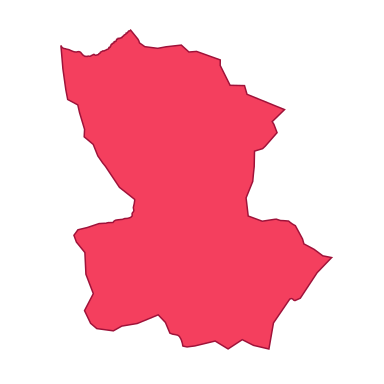 Uyanga, Övörhangay, Mongolia, rotated 276°
{"feature_id": "93677404B10592046266618", "entity_name": "Uyanga", "entity_type": "district", "adm_level": 2, "iso_a3": "MNG", "parent_name": "Mongolia", "parent_adm1": "Övörhangay", "projection": "orthographic", "projection_center": [102.144, 46.409], "detail": "fine", "context": "isolated", "style": "filled", "palette": "rose", "viewbox_px": 384, "rotation_deg": 276, "n_neighbors": 0, "source": "geoboundaries", "source_scale": "gbopen_adm2", "svg_char_len": 3854}
<svg xmlns="http://www.w3.org/2000/svg" viewBox="0 0 384 384"><g transform="rotate(276 192 192)"><path d="M62.8,97.5L50.8,104.9L46.2,111.6L45.7,128.3L51.3,136.2L55.5,151.3L66.3,171.2L59.5,179.2L49.3,184.8L48.6,187.5L48.4,190.4L48.1,192.8L47.1,194.5L45.1,196.0L44.0,196.7L42.7,197.3L40.8,198.1L39.7,198.5L38.7,198.7L37.8,199.1L37.4,203.3L39.2,210.9L46.2,230.6L39.7,244.3L50.4,257.4L45.9,269.2L43.9,284.9L70.3,286.7L95.7,300.4L96.0,301.1L96.3,301.5L96.4,302.2L96.2,302.9L96.1,303.3L95.8,303.7L95.2,304.3L94.9,305.0L94.8,305.8L97.7,310.8L124.9,324.9L141.4,337.7L142.2,328.7L147.7,319.5L152.1,308.7L156.9,306.8L169.3,298.3L170.6,295.3L172.1,292.7L173.2,291.1L173.1,286.2L172.9,282.9L173.8,278.7L173.4,276.7L170.3,264.9L174.0,250.4L191.8,246.4L208.9,251.3L216.3,251.2L223.8,251.2L239.2,249.9L242.5,257.7L245.3,260.1L259.9,270.4L267.8,266.4L270.4,264.4L283.6,275.4L294.9,236.5L303.3,233.1L302.1,218.7L320.8,206.8L326.3,206.3L332.3,181.8L330.9,174.3L337.0,166.0L333.7,151.0L331.3,142.9L331.6,129.9L334.8,124.2L336.8,123.3L338.5,122.1L339.4,121.2L340.9,119.7L346.6,114.0L345.9,113.4L345.6,113.0L345.6,112.5L345.5,112.2L345.1,111.9L344.7,111.7L344.4,111.5L343.9,111.3L343.5,111.0L343.3,110.7L343.3,110.3L343.3,110.0L343.2,109.9L342.5,109.9L342.3,109.8L341.3,108.6L341.1,108.2L340.7,107.9L340.3,107.8L339.9,107.5L339.6,106.9L339.3,106.6L339.0,106.4L338.7,106.3L338.3,106.2L338.3,105.8L338.2,105.7L337.9,105.5L337.8,105.2L337.7,104.8L337.6,104.4L337.5,104.2L337.2,104.2L337.1,103.9L337.1,103.6L337.2,103.2L337.1,102.7L337.1,102.4L336.8,102.3L336.6,102.3L336.3,102.2L336.1,102.0L336.1,101.3L336.0,101.1L335.6,101.1L335.1,101.0L334.6,100.7L334.3,100.6L333.9,100.6L333.7,100.3L333.5,99.9L333.5,99.7L333.6,99.4L333.5,99.2L333.4,99.0L333.2,98.8L332.9,98.8L332.5,98.9L332.2,98.8L332.0,98.5L332.0,98.2L331.9,98.0L331.7,97.9L331.5,97.7L331.4,97.4L331.2,97.1L330.9,97.1L330.7,97.1L330.6,96.9L330.4,96.4L330.2,96.2L329.2,96.0L328.8,96.0L328.5,95.8L328.3,95.5L328.1,95.5L327.8,95.5L327.3,95.3L327.0,94.9L327.1,94.4L326.8,94.2L326.5,94.2L326.1,94.2L325.5,93.7L325.1,93.1L324.8,92.4L324.6,92.1L324.4,91.8L324.0,91.4L323.8,90.9L323.6,90.5L323.2,90.0L323.0,89.5L323.1,89.0L323.0,88.7L322.9,88.3L322.4,87.8L322.0,87.2L321.7,86.6L321.4,86.3L321.3,86.2L320.6,86.1L320.2,85.6L319.9,85.2L319.6,84.8L318.9,84.5L318.7,84.1L318.5,83.4L318.3,82.9L318.1,82.6L317.9,82.0L317.9,81.6L318.0,81.2L318.5,80.7L318.5,80.0L318.5,79.6L318.1,79.3L318.0,79.0L317.8,78.7L317.6,78.5L317.5,78.3L317.4,78.1L317.3,77.8L317.2,77.5L316.9,77.3L316.7,77.2L316.4,76.7L316.3,76.4L316.3,75.7L316.3,75.2L316.3,74.7L316.3,74.4L316.1,74.0L315.8,73.6L315.8,73.4L315.8,73.2L315.9,72.8L315.8,72.3L315.9,71.9L315.7,71.6L315.7,71.2L315.9,70.8L316.2,70.3L316.6,69.9L316.7,69.5L316.9,69.0L317.4,68.5L317.9,68.1L318.2,67.7L318.5,67.4L318.9,67.0L319.3,66.6L319.5,66.1L319.7,65.5L319.8,64.7L319.5,63.4L319.1,62.3L319.1,61.2L319.1,60.4L319.2,59.9L319.4,58.9L320.2,56.2L320.6,55.2L320.8,54.1L320.9,53.2L320.9,52.7L321.0,52.1L321.2,51.4L321.4,49.3L322.1,47.7L324.0,46.3L310.6,48.9L301.1,50.7L280.6,55.8L271.0,58.7L266.7,69.3L259.1,71.9L243.1,78.6L235.6,79.0L229.0,88.8L218.0,94.6L211.5,100.2L208.4,103.3L189.0,119.4L178.7,135.7L177.5,135.9L177.0,135.9L176.2,135.8L174.9,135.8L173.9,135.7L172.4,135.5L171.4,135.4L170.8,135.3L170.4,135.3L170.1,135.3L169.3,135.6L168.2,135.9L167.5,136.1L166.5,135.9L165.9,135.5L165.2,135.0L164.4,134.7L163.7,134.7L162.8,135.0L161.6,134.8L161.5,134.7L161.3,134.5L161.2,134.4L160.3,133.6L159.6,132.1L159.0,130.5L158.7,128.6L158.6,127.9L157.5,125.7L157.3,124.6L157.2,124.0L157.0,123.1L156.7,121.6L156.1,119.3L155.8,118.7L155.0,117.6L154.2,117.1L153.5,116.7L153.3,115.8L153.1,114.0L152.9,112.9L152.9,112.3L152.3,110.4L151.9,109.7L151.8,108.4L150.9,102.9L145.7,91.5L142.5,82.5L136.6,79.1L130.1,82.3L120.6,91.8L99.1,95.1L80.6,104.5L62.8,97.5Z" fill="#f43f5e" stroke="#9f1239" stroke-width="1.5"/></g></svg>